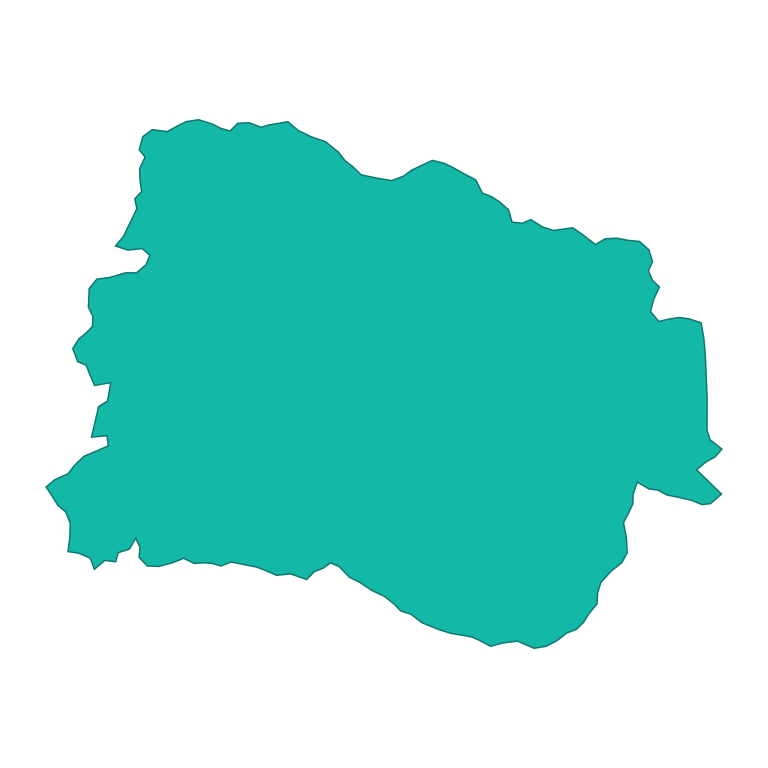 the district of Lauro Müller, Santa Catarina, Brazil
{"feature_id": "56859067B67423545174", "entity_name": "Lauro Müller", "entity_type": "district", "adm_level": 2, "iso_a3": "BRA", "parent_name": "Brazil", "parent_adm1": "Santa Catarina", "projection": "orthographic", "projection_center": [-49.459, -28.384], "detail": "fine", "context": "isolated", "style": "filled", "palette": "teal", "viewbox_px": 768, "rotation_deg": 0, "n_neighbors": 0, "source": "geoboundaries", "source_scale": "gbopen_adm2", "svg_char_len": 2394}
<svg xmlns="http://www.w3.org/2000/svg" viewBox="0 0 768 768"><path d="M139.1,557.4L147.3,566.0L159.0,566.4L172.3,562.8L183.7,558.3L194.1,563.4L204.1,562.8L212.4,563.4L221.1,566.0L231.0,562.0L243.3,564.4L256.4,567.0L266.9,571.0L276.6,575.3L290.6,573.8L306.6,579.5L314.4,571.6L323.5,568.0L330.4,562.9L338.9,566.4L349.4,577.3L359.3,582.1L371.4,590.2L384.5,596.4L394.4,604.3L400.8,611.0L410.8,614.2L422.3,622.9L439.1,629.7L451.0,633.4L461.0,635.0L471.8,637.0L479.6,640.4L490.6,646.3L502.3,643.1L517.4,641.1L534.2,648.3L546.1,646.3L556.9,640.7L566.5,633.2L576.6,629.2L583.4,622.5L588.9,613.7L597.0,604.0L597.6,592.9L600.8,582.6L611.6,570.7L621.7,562.8L627.2,552.8L626.4,537.6L623.5,522.7L628.5,513.2L632.8,503.9L633.1,494.2L637.2,482.1L649.1,489.0L657.6,490.0L667.4,495.1L678.6,497.3L691.5,500.3L702.0,504.6L710.5,503.6L721.5,494.1L696.5,469.7L705.9,462.0L715.2,456.8L721.9,449.1L710.2,439.8L707.0,430.5L707.1,398.3L705.3,354.9L703.9,338.7L701.1,322.8L688.5,318.7L678.7,317.5L668.8,319.1L658.8,321.5L650.5,311.4L653.9,298.9L659.4,287.0L652.5,280.4L648.4,270.9L652.5,261.6L648.8,249.7L639.4,241.4L628.4,240.4L616.8,238.2L605.1,238.8L595.5,244.6L582.7,234.7L572.8,227.8L563.2,229.1L553.6,230.5L542.2,226.8L530.9,219.6L522.5,223.2L512.1,222.2L508.5,209.7L498.9,201.4L491.6,196.7L482.4,193.1L475.7,179.8L463.4,173.5L453.3,167.7L443.9,163.2L432.3,160.4L422.4,165.0L411.4,170.3L403.7,176.1L391.8,180.6L376.7,178.1L361.3,174.9L352.2,166.2L344.9,160.6L338.4,152.1L325.6,141.8L311.2,136.8L298.2,130.5L287.9,121.7L278.7,123.3L269.2,124.9L260.9,127.3L249.2,122.7L237.8,123.3L230.0,131.0L220.7,128.3L212.0,123.9L198.5,119.7L186.1,121.7L177.6,125.9L167.1,131.6L152.4,129.6L142.9,136.6L139.2,149.8L145.1,157.0L139.6,168.7L140.1,181.2L141.6,191.5L134.8,198.8L136.9,208.7L130.6,221.6L123.3,236.7L115.5,246.0L127.9,250.1L142.1,248.6L149.8,255.3L146.0,264.8L136.5,272.8L125.3,272.9L109.6,277.5L96.9,279.1L89.2,288.6L88.4,307.2L92.8,316.1L92.5,326.4L86.1,333.0L78.8,338.9L72.8,348.6L77.7,361.7L86.1,365.1L90.2,375.4L94.6,385.5L110.8,382.6L107.6,401.0L98.7,406.5L95.5,420.0L91.5,437.1L107.1,435.7L108.3,445.8L97.5,450.6L83.9,456.3L74.3,465.6L67.9,473.9L54.8,479.7L46.1,487.0L51.9,495.7L58.0,505.6L65.6,511.8L70.2,523.1L69.9,537.2L68.0,551.6L78.8,553.2L90.3,558.2L94.4,569.3L104.9,560.4L115.7,561.8L118.2,552.7L129.4,549.1L135.7,538.2L140.0,547.5L139.1,557.4Z" fill="#14b8a6" stroke="#0f766e" stroke-width="1.5"/></svg>